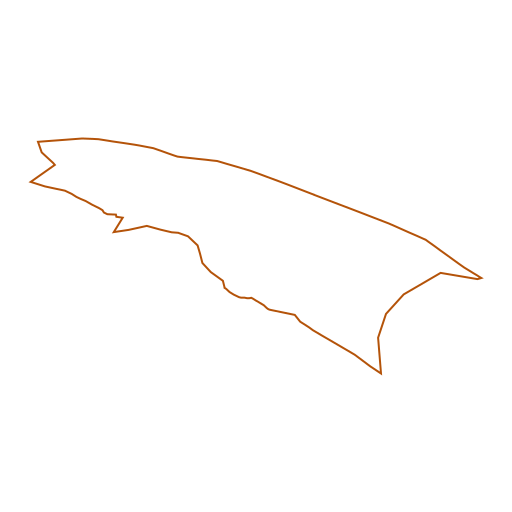 the district of Burullus, Kafr ash Shaykh, Egypt
{"feature_id": "37247803B81519659380298", "entity_name": "Burullus", "entity_type": "district", "adm_level": 2, "iso_a3": "EGY", "parent_name": "Egypt", "parent_adm1": "Kafr ash Shaykh", "projection": "mercator", "projection_center": [31.2, 31.522], "detail": "fine", "context": "isolated", "style": "outline", "palette": "amber", "viewbox_px": 512, "rotation_deg": 0, "n_neighbors": 0, "source": "geoboundaries", "source_scale": "gbopen_adm2", "svg_char_len": 1797}
<svg xmlns="http://www.w3.org/2000/svg" viewBox="0 0 512 512"><path d="M224.5,287.8L226.2,288.9L229.5,292.0L233.7,294.6L239.1,297.2L241.2,297.7L244.6,297.7L247.1,298.2L249.2,298.2L251.3,297.8L253.0,298.7L256.3,300.8L256.9,301.1L263.9,305.3L264.4,305.8L266.5,307.8L267.7,308.8L269.3,309.6L271.5,310.1L294.8,314.9L300.2,321.7L309.1,327.4L312.9,330.2L321.5,335.3L343.1,347.9L354.7,354.7L370.2,366.3L381.0,373.5L378.1,337.7L386.0,313.9L403.7,294.4L440.6,272.9L477.4,279.1L477.5,279.1L481.3,278.0L479.6,277.0L476.8,275.2L473.1,273.0L472.0,272.3L465.3,268.2L464.0,267.4L462.9,266.6L459.2,264.0L452.7,259.3L447.6,255.6L440.2,250.3L434.8,246.3L427.9,241.4L425.9,239.9L417.0,235.9L408.7,232.3L391.9,224.8L391.1,224.5L389.1,223.6L388.6,223.4L387.3,222.9L382.9,221.2L371.5,216.8L360.9,212.7L348.9,208.1L338.6,204.2L314.0,194.8L314.0,194.7L311.3,193.7L286.7,184.2L285.1,183.6L280.1,181.7L267.1,176.9L259.1,173.9L251.1,171.0L237.3,166.9L226.9,163.9L220.9,162.1L217.1,161.0L212.3,160.5L205.7,159.7L197.8,158.9L193.5,158.4L187.9,157.8L181.5,157.1L177.5,156.6L174.4,155.6L168.4,153.5L159.5,150.3L159.4,150.3L155.7,149.0L153.4,148.2L150.9,147.7L148.7,147.3L139.3,145.5L134.6,144.7L125.4,143.3L112.3,141.4L109.3,140.9L98.5,139.2L92.7,138.9L82.2,138.5L74.1,139.1L63.5,139.9L38.0,141.8L41.7,152.4L53.1,162.9L54.8,164.9L30.7,181.9L44.9,186.4L52.3,188.0L56.5,188.9L60.0,189.6L65.0,190.7L68.1,192.2L71.7,193.9L76.4,196.9L80.6,198.9L85.6,201.0L92.1,204.7L99.2,208.2L101.7,209.7L102.5,210.2L103.9,212.5L107.3,214.2L111.2,214.4L115.9,214.6L116.4,216.8L122.7,217.7L113.8,232.1L128.6,229.9L135.9,228.3L146.8,225.9L160.3,229.6L164.9,230.7L171.7,232.3L178.3,232.8L179.0,233.1L188.0,236.3L197.6,245.4L200.0,253.6L202.4,263.0L210.8,272.1L222.9,280.8L224.5,287.2L224.5,287.8Z" fill="none" stroke="#b45309" stroke-width="2"/></svg>